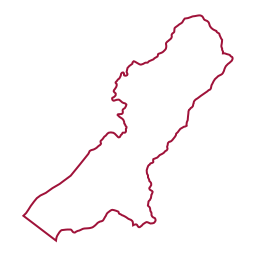 Umling, Geylegphug, Bhutan (orthographic projection)
{"feature_id": "84629894B75666827579722", "entity_name": "Umling", "entity_type": "district", "adm_level": 2, "iso_a3": "BTN", "parent_name": "Bhutan", "parent_adm1": "Geylegphug", "projection": "orthographic", "projection_center": [90.619, 26.907], "detail": "fine", "context": "isolated", "style": "outline", "palette": "rose", "viewbox_px": 256, "rotation_deg": 0, "n_neighbors": 0, "source": "geoboundaries", "source_scale": "gbopen_adm2", "svg_char_len": 5870}
<svg xmlns="http://www.w3.org/2000/svg" viewBox="0 0 256 256"><path d="M23.4,215.8L56.0,240.6L56.4,238.0L56.7,237.0L57.1,236.0L57.6,235.1L59.3,232.4L60.3,231.2L60.7,230.8L61.1,230.5L61.5,230.2L62.0,230.1L66.2,229.6L68.8,229.5L70.2,229.5L70.8,229.6L71.2,229.8L71.6,230.2L71.9,230.6L72.9,231.9L73.3,232.2L73.8,232.4L74.3,232.5L74.9,232.5L75.3,232.3L76.2,231.6L77.1,231.2L78.1,230.8L79.1,230.6L79.6,230.4L81.1,229.7L82.5,229.0L83.0,228.8L84.5,228.5L87.6,228.3L89.7,228.1L91.3,227.7L92.3,227.4L93.2,226.9L94.9,225.6L96.4,224.2L97.5,223.0L98.4,222.4L99.3,221.9L100.2,221.5L101.3,221.3L101.8,221.1L102.3,220.9L102.7,220.7L103.1,220.3L103.7,219.4L104.2,218.5L105.0,217.1L105.2,216.7L105.6,216.3L105.8,215.8L106.5,214.4L106.7,213.9L107.3,213.1L108.1,212.4L110.2,210.8L111.2,210.2L111.6,210.0L112.1,209.9L112.6,209.9L113.2,210.0L114.2,210.2L115.2,210.5L116.2,210.8L117.7,211.4L118.2,211.6L118.5,211.9L119.0,213.5L119.4,213.8L120.4,214.2L121.3,214.7L122.2,215.3L123.2,215.6L125.1,216.6L126.4,217.4L128.5,218.9L130.5,219.7L131.0,219.9L131.8,220.6L132.2,220.9L132.5,221.4L132.8,222.1L133.1,225.3L134.0,224.8L135.1,224.5L135.5,224.4L136.5,224.5L137.1,225.0L138.0,226.5L138.6,227.0L139.0,227.2L139.8,227.1L140.2,226.8L141.7,225.7L143.0,224.2L145.6,222.5L146.6,222.1L147.7,222.3L149.7,223.2L150.4,223.5L151.6,223.4L152.6,223.3L153.9,222.9L154.7,222.1L155.4,221.0L155.6,220.1L155.4,219.3L155.3,218.9L154.8,218.1L153.2,217.4L152.2,216.5L151.6,215.4L151.5,215.0L151.5,213.5L151.3,212.4L150.6,211.4L150.4,210.8L150.2,209.7L150.1,208.5L149.7,207.4L149.0,206.6L148.2,206.0L147.9,205.4L148.1,204.5L148.4,202.4L148.5,201.5L149.0,200.8L149.9,200.0L150.6,198.5L150.9,198.1L151.3,195.7L151.3,195.0L151.6,194.6L152.5,192.5L152.6,191.7L152.2,191.1L150.2,189.9L149.8,189.6L149.3,188.5L149.5,187.6L150.0,187.1L150.8,185.8L151.2,185.1L151.2,183.8L151.0,182.9L150.5,182.2L150.0,181.6L149.6,181.3L149.3,180.9L149.1,179.5L148.0,177.4L148.0,176.7L148.0,175.6L147.8,175.0L147.2,174.0L146.9,172.9L146.8,171.8L146.7,170.2L147.5,167.6L148.3,165.7L148.8,165.1L149.5,164.8L149.9,164.1L150.5,163.4L151.9,163.0L152.7,162.6L153.2,162.2L153.3,161.6L153.1,160.1L153.4,159.1L155.0,158.5L157.4,157.5L159.7,155.1L162.3,153.8L163.8,152.8L165.2,151.2L166.6,150.4L167.3,149.5L167.5,148.6L167.1,146.8L167.7,144.9L167.9,143.2L168.8,142.1L169.5,141.7L170.3,141.6L171.2,141.1L172.3,140.1L175.0,136.7L175.9,135.2L176.2,133.6L177.7,132.3L179.1,130.4L180.4,128.8L182.5,127.6L183.8,126.8L184.9,126.6L185.9,126.2L186.7,125.7L186.5,124.6L186.8,122.3L187.7,120.1L188.0,116.6L188.4,113.1L188.5,111.4L188.8,110.5L189.0,109.9L189.7,109.4L190.8,108.0L191.8,107.4L192.7,106.4L193.0,105.7L193.3,104.0L193.7,103.2L193.7,102.4L194.0,101.5L194.6,100.6L195.7,99.5L197.6,98.3L200.9,95.8L207.4,91.3L208.6,90.2L210.0,89.6L210.8,88.6L211.2,86.9L211.5,85.3L212.6,83.3L213.6,81.2L214.4,80.1L214.7,79.4L216.3,77.9L217.2,77.1L218.2,76.1L221.0,74.7L222.1,74.0L222.9,73.0L223.9,71.0L224.5,69.0L225.2,67.4L225.9,66.1L227.9,64.0L229.5,62.8L230.8,61.6L231.7,60.8L232.1,60.1L232.6,58.8L232.5,57.7L232.2,57.1L230.7,56.2L230.0,55.2L229.1,54.7L226.5,54.0L225.5,53.6L224.5,53.3L222.9,53.4L223.0,51.6L222.3,50.2L222.1,49.7L222.1,48.3L221.8,47.9L221.4,46.6L221.4,45.5L221.8,43.3L222.0,41.5L222.1,39.8L221.2,38.6L219.6,35.1L219.5,34.4L219.2,33.6L217.9,32.8L217.0,32.2L216.4,31.4L216.3,30.9L215.9,30.8L213.6,29.7L212.7,29.1L211.5,28.1L211.1,27.7L210.5,26.9L209.9,26.0L209.4,24.5L209.1,23.5L208.7,22.5L208.4,22.1L208.0,21.7L207.2,21.0L205.3,20.2L204.8,20.0L204.4,19.7L204.0,19.3L203.0,17.4L202.4,16.5L202.0,16.2L201.1,15.7L200.1,15.4L199.6,15.4L199.0,15.4L197.5,15.6L194.9,16.1L193.3,16.3L192.3,16.5L190.8,17.1L187.9,18.1L185.8,18.4L184.7,18.6L184.4,19.0L184.1,19.4L183.2,20.7L182.7,21.7L182.1,22.5L181.7,22.9L180.8,23.5L179.9,24.0L179.0,24.6L177.8,25.6L175.3,27.4L174.6,28.2L174.5,28.7L174.4,29.8L174.3,30.8L174.3,31.4L174.2,31.9L173.9,32.3L173.5,32.7L172.3,33.6L172.0,34.1L171.8,34.5L171.6,35.0L171.8,36.6L171.7,37.1L171.3,38.1L171.0,38.5L170.2,39.3L169.4,39.9L168.2,41.0L167.3,41.6L166.2,42.9L166.0,43.5L166.0,44.0L166.3,45.9L166.2,47.4L165.9,48.6L165.5,49.3L165.1,49.8L163.6,51.3L163.2,51.7L162.0,52.5L161.1,52.9L158.6,53.8L158.0,54.3L158.0,54.7L157.7,56.0L157.5,56.5L154.4,58.3L153.5,59.3L148.9,61.3L147.8,62.5L147.2,62.7L145.5,62.7L144.5,63.1L143.4,63.8L141.4,64.5L140.7,64.6L139.5,64.3L134.6,61.5L133.6,61.3L132.6,62.4L132.3,63.8L129.3,66.0L127.5,68.0L126.6,71.9L127.5,74.1L127.2,75.0L126.5,75.5L125.6,75.7L124.4,75.5L124.0,75.0L124.0,73.7L123.8,73.1L123.3,72.5L122.6,72.5L121.9,72.8L121.1,73.8L120.8,75.5L120.3,76.7L119.3,78.5L117.8,79.6L117.1,80.7L115.7,82.2L115.6,82.7L115.8,83.2L116.7,84.1L116.7,85.5L116.2,87.0L115.1,88.7L113.9,90.3L113.8,90.7L113.7,91.2L114.1,92.0L115.7,93.5L115.7,95.0L115.5,95.5L114.7,96.4L113.8,97.1L112.4,97.8L112.1,98.4L112.3,99.5L112.6,100.1L113.3,100.6L113.9,100.7L116.7,99.8L118.8,99.6L119.9,100.3L122.3,102.4L123.6,103.0L124.9,103.3L125.6,103.8L126.3,104.4L126.4,104.8L126.1,105.4L126.0,106.0L125.0,107.9L123.1,109.3L122.8,109.7L122.6,110.5L122.8,111.5L122.8,112.2L122.7,113.0L122.5,113.3L122.0,113.8L121.4,114.0L120.5,114.1L118.6,114.2L118.0,114.3L117.7,114.6L117.6,115.0L119.4,116.8L122.4,118.8L123.4,120.0L124.1,121.7L124.3,123.6L125.1,124.4L125.4,125.6L126.5,126.9L126.5,127.6L126.4,128.1L126.0,128.5L125.9,128.9L126.0,131.1L125.6,132.1L125.0,132.6L124.5,132.7L122.8,132.7L122.4,133.1L121.8,134.3L120.8,135.1L120.3,136.2L120.0,136.8L119.5,137.1L119.1,137.3L118.4,137.3L118.0,137.0L114.8,133.7L113.4,132.8L110.9,132.4L108.8,132.7L107.7,133.4L107.1,134.0L105.8,135.6L104.3,136.7L102.5,139.2L100.7,140.9L100.5,141.7L101.0,143.7L100.3,144.8L98.4,146.1L96.6,147.8L95.2,148.7L93.6,149.5L91.3,150.1L90.4,150.6L89.7,151.0L88.4,153.8L79.6,164.8L70.7,175.7L63.4,181.1L59.7,183.9L52.5,188.1L45.8,192.9L40.4,195.5L36.8,198.2L34.0,201.6L30.8,205.9L28.4,209.7L26.1,213.1L23.4,215.8Z" fill="none" stroke="#9f1239" stroke-width="2"/></svg>